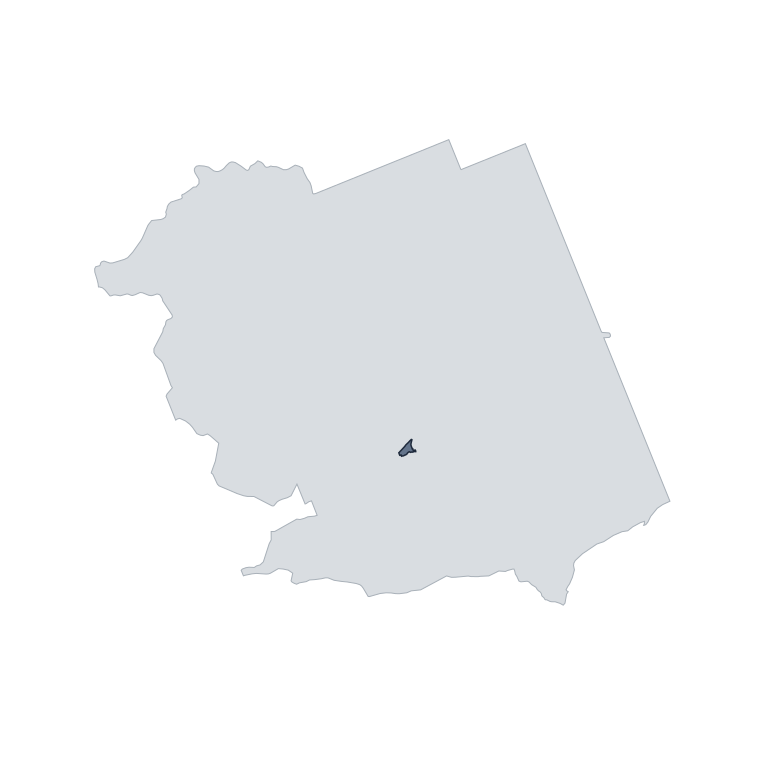 location of Um Durman, Khartoum, Sudan, rotated 68°
{"feature_id": "16777658B47170165092486", "entity_name": "Um Durman", "entity_type": "district", "adm_level": 2, "iso_a3": "SDN", "parent_name": "Sudan", "parent_adm1": "Khartoum", "projection": "mercator", "projection_center": [32.429, 15.44], "detail": "fine", "context": "in_parent", "style": "filled", "palette": "slate", "viewbox_px": 768, "rotation_deg": 68, "n_neighbors": 0, "source": "geoboundaries", "source_scale": "gbopen_adm2", "svg_char_len": 5248}
<svg xmlns="http://www.w3.org/2000/svg" viewBox="0 0 768 768"><g transform="rotate(68 384 384)"><path d="M509.2,586.2L503.2,586.2L502.5,584.7L502.6,580.8L503.3,577.8L505.5,573.0L504.9,570.4L505.3,566.7L503.7,562.5L489.1,550.3L486.3,547.0L478.5,543.9L479.8,540.5L476.6,515.5L478.2,512.6L478.7,508.2L478.6,504.3L480.5,497.9L480.7,495.2L465.2,495.0L465.0,497.8L465.7,500.9L465.7,502.1L444.2,502.2L452.8,512.0L453.2,516.3L452.7,521.7L452.8,525.1L453.3,527.3L455.6,531.7L455.5,532.6L454.9,533.6L439.6,546.7L437.1,552.7L435.1,555.9L430.6,561.2L416.7,575.1L414.4,576.0L403.8,576.5L402.7,576.9L401.9,577.5L401.4,577.3L392.3,569.2L377.0,559.4L366.9,564.5L364.2,566.4L364.1,571.1L362.6,573.5L359.9,576.1L352.4,577.8L348.5,579.2L343.9,581.9L339.3,586.3L339.0,588.6L339.5,590.7L313.7,590.6L312.0,588.9L308.2,581.6L305.6,582.1L282.1,581.2L278.7,582.0L272.0,585.0L268.6,585.5L265.1,584.1L252.7,569.6L250.0,567.9L247.2,564.4L244.6,562.9L243.7,561.8L243.4,560.3L243.5,557.1L242.6,555.1L240.7,554.6L224.0,558.0L221.6,557.6L218.1,558.2L216.9,558.8L215.5,560.7L215.3,564.7L214.9,566.7L213.6,568.9L208.9,573.8L207.8,575.9L208.0,581.3L207.7,584.1L207.0,585.3L204.9,587.4L204.2,588.6L203.4,595.5L200.8,599.7L200.2,601.2L200.0,604.2L199.6,605.1L192.1,607.5L189.3,609.0L187.5,611.4L187.1,612.4L183.9,611.5L179.8,610.9L171.9,610.2L168.8,609.1L167.3,607.4L167.8,603.2L167.0,602.3L165.8,601.6L164.9,599.8L165.1,597.6L169.2,592.8L170.1,590.2L171.2,578.0L170.9,574.3L167.6,567.5L160.0,555.7L158.2,553.4L148.7,543.7L147.7,542.3L145.4,538.2L147.9,529.2L148.0,526.7L147.4,524.1L145.0,522.2L142.9,522.0L140.1,519.5L138.3,518.4L136.6,516.3L135.5,513.4L136.3,502.7L135.8,501.3L133.4,500.9L132.8,500.2L132.9,498.1L131.6,492.1L130.1,487.0L130.9,484.3L128.9,480.5L125.0,478.9L117.5,480.1L115.1,479.9L113.5,479.2L112.4,477.8L111.8,476.2L112.3,473.7L114.5,469.2L117.2,465.4L122.6,462.0L124.0,460.2L124.9,458.2L125.0,455.9L124.7,453.5L124.0,451.3L122.4,448.3L121.0,444.8L120.9,442.5L121.6,440.8L123.1,438.8L128.5,434.9L134.0,431.6L134.9,430.4L134.6,429.0L132.0,426.3L131.3,421.1L129.8,417.4L132.6,414.6L134.7,413.6L138.0,412.8L139.2,411.6L139.6,409.4L139.5,407.3L140.7,405.7L142.2,402.4L143.5,400.8L147.7,396.9L148.7,394.3L148.9,391.9L147.8,384.4L150.2,381.3L153.3,378.7L157.8,378.9L164.8,378.3L169.5,377.2L172.9,377.3L180.6,378.7L181.4,378.1L181.8,376.1L181.7,232.4L213.7,232.4L214.1,232.1L214.1,162.9L416.2,162.9L417.8,162.6L421.0,156.1L422.4,155.6L424.4,156.0L425.2,157.6L423.5,162.9L599.8,162.8L600.2,170.8L601.6,177.2L606.6,186.3L610.9,191.1L612.4,193.8L612.5,195.1L612.3,196.2L611.0,194.9L608.9,194.0L608.6,198.2L609.6,206.9L611.4,213.0L610.1,218.6L610.3,228.1L612.5,239.4L612.1,246.6L615.7,263.5L619.3,272.8L621.2,275.1L623.4,276.3L627.7,277.1L633.9,281.8L638.8,286.8L640.6,289.5L643.0,292.3L644.6,291.8L645.6,291.0L647.2,293.4L655.0,298.3L656.2,300.7L653.4,302.9L650.1,306.8L648.5,310.5L647.7,311.6L645.1,313.9L644.7,315.0L643.5,315.7L642.3,315.7L639.6,317.0L637.2,316.6L634.8,317.3L633.9,318.1L632.0,318.9L629.4,319.3L625.3,322.3L621.7,323.8L620.5,325.1L618.7,331.2L617.3,332.7L612.1,332.9L609.5,333.4L606.0,332.8L604.3,332.8L603.8,334.1L603.2,339.4L603.3,341.6L600.4,347.6L601.2,358.7L598.3,367.0L597.9,368.9L595.1,375.5L593.6,377.9L589.9,390.2L588.5,393.9L585.4,397.9L588.6,427.2L586.0,436.2L586.1,441.1L584.2,448.3L582.8,451.6L580.4,455.7L578.4,460.2L576.8,466.1L575.6,477.3L575.0,478.3L565.7,479.7L562.8,480.5L560.9,481.7L558.5,484.6L553.7,492.4L551.2,497.2L547.3,503.8L542.8,508.5L541.8,510.8L541.1,515.0L539.4,521.6L537.8,526.4L538.1,530.2L536.7,536.8L536.9,540.0L535.3,541.8L533.2,543.5L531.7,543.9L525.2,539.5L520.7,542.5L517.8,546.8L515.6,551.1L516.9,560.2L516.8,562.2L516.1,564.4L511.8,573.3L510.6,577.4L509.3,584.5L509.2,586.2Z" fill="#d9dde1" stroke="#a8b0b8" stroke-width="1"/><path d="M457.5,394.8L457.5,394.6L457.5,394.4L457.7,393.7L457.8,393.2L457.9,392.9L457.9,392.6L457.9,392.4L457.8,392.2L457.8,391.9L457.8,391.7L457.7,391.4L457.7,391.0L457.8,390.8L457.9,390.4L457.7,390.0L457.6,389.7L457.5,389.3L457.5,389.2L457.4,388.9L457.4,388.7L457.1,388.4L456.9,388.2L456.8,387.9L456.7,387.9L456.4,386.9L456.3,386.6L456.4,386.4L456.3,386.1L456.3,385.8L456.4,385.6L456.6,385.5L456.8,385.4L457.1,385.3L457.2,385.2L457.3,385.1L457.3,384.9L457.4,384.7L457.4,384.4L457.4,384.0L457.5,383.7L457.7,383.4L457.8,383.2L457.9,382.9L458.0,382.7L457.9,382.5L457.9,382.2L457.8,381.9L457.8,381.7L457.9,381.4L457.9,381.2L458.0,381.1L458.0,380.9L458.3,380.7L458.4,380.4L458.4,380.0L458.5,379.9L458.2,379.7L457.8,379.7L457.6,379.7L457.5,379.8L457.3,379.8L456.9,379.8L456.8,380.2L456.8,380.4L456.8,380.6L456.8,381.1L456.8,381.6L456.7,381.7L456.2,381.5L455.9,381.8L455.5,381.8L455.4,381.8L455.1,381.7L455.1,381.8L454.9,382.0L454.8,381.9L454.7,381.9L454.4,381.9L454.4,382.1L451.9,382.0L450.8,381.9L450.7,381.9L449.7,381.5L447.9,380.3L447.3,379.8L446.5,379.3L446.2,379.0L445.5,379.0L445.4,378.9L445.8,379.8L446.3,381.1L447.3,383.2L447.8,384.4L447.8,384.5L448.6,386.4L449.1,387.4L449.4,387.6L450.3,389.5L450.9,390.8L452.1,393.3L452.4,394.1L452.5,394.3L453.0,395.2L453.1,395.5L453.3,396.0L454.4,396.1L455.9,396.1L455.9,395.9L456.0,395.7L456.2,395.4L456.2,395.2L456.2,394.8L456.4,394.7L456.5,394.6L456.8,394.8L457.0,394.8L457.5,394.8Z" fill="#64748b" stroke="#1e293b" stroke-width="1.5"/></g></svg>